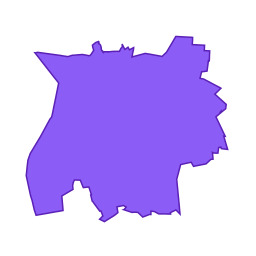 outline of Aramberri, Nuevo León, Mexico, rotated 187°
{"feature_id": "50627088B96452215703720", "entity_name": "Aramberri", "entity_type": "district", "adm_level": 2, "iso_a3": "MEX", "parent_name": "Mexico", "parent_adm1": "Nuevo León", "projection": "orthographic", "projection_center": [-99.903, 24.223], "detail": "fine", "context": "isolated", "style": "filled", "palette": "violet", "viewbox_px": 256, "rotation_deg": 187, "n_neighbors": 0, "source": "geoboundaries", "source_scale": "gbopen_adm2", "svg_char_len": 2703}
<svg xmlns="http://www.w3.org/2000/svg" viewBox="0 0 256 256"><g transform="rotate(187 128 128)"><path d="M140.0,32.2L130.7,39.7L127.7,42.8L129.4,48.4L123.1,50.5L120.2,49.3L120.7,48.4L121.2,47.6L121.5,47.4L121.6,47.2L121.6,46.9L121.9,46.6L122.3,46.4L121.2,46.2L120.8,46.1L113.7,44.7L111.0,45.3L107.8,45.4L102.5,41.4L97.4,44.1L96.9,44.4L96.4,44.7L95.6,44.8L94.7,44.9L94.8,45.5L94.9,46.5L95.1,48.3L92.7,48.3L91.4,48.2L87.1,46.5L80.1,47.3L79.4,47.4L78.8,47.4L77.7,47.5L76.8,47.6L75.2,47.8L75.6,49.2L73.7,50.4L73.6,50.5L73.2,50.7L70.4,52.5L65.9,48.9L67.7,57.3L73.4,83.0L71.3,98.1L66.6,99.8L61.1,101.7L58.3,97.9L49.5,100.8L46.2,101.9L44.9,103.4L41.9,107.0L39.8,107.4L41.2,114.1L39.7,113.6L35.7,114.0L35.6,119.7L33.5,120.3L32.9,118.9L26.5,118.9L32.0,131.6L30.5,131.6L42.1,149.8L41.3,150.7L40.7,151.3L40.1,151.9L39.9,152.2L39.8,152.3L38.0,154.2L38.5,154.6L38.2,155.2L37.8,155.8L37.8,155.7L37.2,155.1L33.4,159.0L33.4,162.4L33.4,163.4L44.2,171.0L45.9,172.2L40.6,178.8L41.6,179.2L58.8,185.8L62.6,186.1L61.8,192.7L56.5,194.1L56.4,200.6L56.4,204.7L55.5,204.6L55.8,208.3L56.0,210.4L56.3,214.5L61.7,214.1L62.1,219.5L68.6,219.0L73.2,218.7L74.4,218.6L74.6,222.7L74.7,223.7L74.9,225.8L75.2,225.8L78.6,225.6L83.8,225.2L87.0,225.0L88.8,224.9L91.7,224.7L95.8,215.2L96.0,214.8L98.9,208.1L102.9,203.2L114.7,203.9L119.4,204.1L119.6,204.1L120.1,204.1L131.0,199.7L131.3,199.6L131.7,199.5L132.7,199.0L132.5,202.1L132.5,202.5L132.1,206.9L132.2,208.5L136.1,205.8L137.1,207.2L137.8,208.2L140.7,205.6L144.1,210.6L143.5,208.0L144.9,205.9L145.2,204.8L145.8,203.1L152.3,202.2L156.2,201.3L156.9,201.1L156.9,201.3L160.9,200.8L161.6,199.8L162.1,200.2L162.6,201.4L163.4,201.5L164.0,202.8L164.2,203.5L164.5,204.9L164.8,205.5L165.3,206.8L166.5,208.0L167.4,208.1L167.3,209.8L167.8,210.3L170.6,208.8L173.4,205.9L173.1,204.8L172.7,203.6L171.9,201.8L171.5,201.0L172.5,198.9L173.6,196.7L174.3,195.6L175.3,195.0L178.1,195.2L182.3,195.4L185.7,194.7L189.5,193.9L192.2,193.4L196.4,191.5L198.3,191.6L200.2,191.6L204.0,191.8L226.4,192.1L227.0,192.1L229.2,191.3L229.5,191.3L221.0,182.8L210.7,172.5L202.3,164.2L202.8,157.7L203.7,146.0L204.0,142.6L204.7,133.5L204.9,131.6L205.1,129.7L206.6,127.2L213.8,108.9L218.5,98.4L221.9,90.8L223.4,83.9L223.4,79.5L223.4,78.6L223.2,68.3L216.4,48.8L215.8,47.5L214.6,44.9L214.4,44.5L211.0,35.2L208.6,30.2L201.6,32.3L199.1,33.1L198.9,33.1L196.1,34.0L189.0,36.2L187.4,36.6L182.4,38.2L185.4,52.5L175.1,60.4L175.9,63.9L175.7,67.2L174.8,69.9L169.0,70.4L165.1,63.4L159.7,64.7L157.5,60.1L156.2,57.4L156.9,57.0L154.6,51.0L153.8,50.6L153.6,50.2L151.0,47.4L150.9,47.3L150.6,47.0L150.3,46.7L148.1,44.3L147.8,44.1L145.9,42.0L144.8,42.4L142.2,37.6L145.1,34.0L140.0,32.2Z" fill="#8b5cf6" stroke="#5b21b6" stroke-width="1.5"/></g></svg>